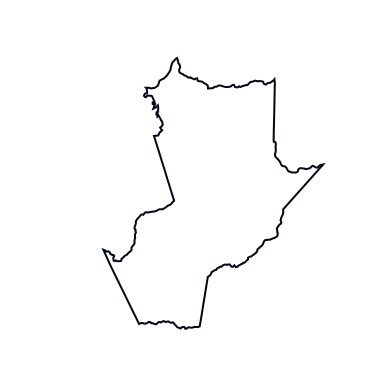 Bujari, Acre, Brazil (Equal Earth projection), rotated 213°
{"feature_id": "56859067B53260262834359", "entity_name": "Bujari", "entity_type": "district", "adm_level": 2, "iso_a3": "BRA", "parent_name": "Brazil", "parent_adm1": "Acre", "projection": "equal_earth", "projection_center": [-68.148, -9.602], "detail": "fine", "context": "isolated", "style": "outline", "palette": "ink", "viewbox_px": 384, "rotation_deg": 213, "n_neighbors": 0, "source": "geoboundaries", "source_scale": "gbopen_adm2", "svg_char_len": 5612}
<svg xmlns="http://www.w3.org/2000/svg" viewBox="0 0 384 384"><g transform="rotate(213 192 192)"><path d="M234.9,95.3L223.1,87.7L220.4,86.0L218.3,84.7L164.5,52.5L163.8,53.6L163.0,54.7L162.0,55.2L160.8,55.4L159.5,56.1L158.5,57.3L157.9,58.5L157.3,59.7L156.1,60.2L154.9,59.8L153.9,60.2L153.2,60.7L152.2,60.8L150.8,61.0L150.0,61.7L149.7,62.7L149.2,64.5L148.3,65.4L147.3,65.5L146.6,66.3L145.9,67.9L144.9,68.5L143.8,68.5L143.0,68.8L142.1,70.0L140.9,70.7L139.7,70.5L138.0,71.1L137.0,72.3L136.1,72.2L134.8,71.6L133.6,71.4L132.3,71.1L131.3,70.7L130.0,70.7L128.9,71.1L127.4,71.2L127.0,72.3L126.6,73.3L125.6,74.3L124.6,74.6L123.2,73.7L122.1,74.5L121.9,75.6L121.2,76.5L120.0,77.2L118.7,77.8L117.6,78.7L116.8,79.8L115.7,80.6L114.2,81.5L113.0,82.5L112.4,83.6L115.8,91.5L132.5,129.4L132.0,130.5L131.5,131.6L131.5,132.7L131.5,133.8L131.9,135.5L131.2,136.9L130.6,138.2L130.1,139.2L129.3,139.9L129.3,141.5L128.9,142.6L128.1,143.5L127.7,144.8L126.5,145.5L126.3,147.0L125.3,148.6L124.2,149.6L123.4,149.7L122.5,150.4L121.7,151.3L120.8,151.8L119.7,151.3L118.7,151.1L117.6,151.0L116.7,152.1L116.5,153.6L115.5,153.2L114.2,152.9L113.1,154.1L113.0,155.3L112.3,156.5L111.6,158.1L110.6,159.2L110.5,160.5L109.4,161.5L109.1,162.9L108.7,164.6L108.3,166.1L109.2,167.2L108.7,168.7L107.6,169.7L107.0,170.9L106.6,172.1L106.1,173.1L105.3,175.5L105.1,177.2L105.4,178.5L105.8,179.7L105.3,181.3L104.9,183.1L104.3,184.5L104.1,186.1L104.2,188.0L104.8,189.5L104.3,191.8L103.0,192.5L102.4,193.4L101.2,194.0L100.2,195.1L99.2,196.7L98.0,198.2L97.3,199.3L96.6,200.8L96.7,202.3L97.2,203.2L97.8,204.3L98.7,204.8L99.3,206.0L100.3,206.6L101.0,207.8L100.9,209.2L101.1,210.9L100.8,212.4L100.2,213.7L100.4,215.0L101.2,215.6L102.3,216.4L102.9,218.2L103.2,219.6L103.5,221.5L103.8,223.4L105.0,225.6L106.1,227.1L104.4,238.2L98.2,278.7L97.0,286.5L98.3,285.3L99.1,284.5L99.7,283.0L99.9,281.2L100.9,280.2L102.2,279.9L103.9,280.0L105.2,279.5L105.7,278.4L105.8,277.0L106.6,275.5L107.5,274.7L108.4,273.7L109.1,273.1L110.3,272.9L111.9,272.2L113.4,271.4L114.3,270.8L115.0,269.6L115.0,268.3L114.4,266.8L114.9,265.8L115.5,264.9L116.5,264.3L117.6,263.6L118.7,262.9L119.5,262.6L120.4,262.4L121.3,262.3L122.2,261.8L123.3,262.3L124.6,262.8L125.8,263.6L126.6,263.9L127.6,264.1L128.4,264.0L129.7,263.2L130.8,263.1L131.8,263.4L133.0,264.0L133.8,264.7L134.7,265.2L136.4,265.9L137.3,266.1L138.4,266.4L140.3,266.8L141.6,267.3L142.9,268.7L143.5,270.6L143.9,271.6L144.6,273.0L145.7,274.4L146.5,275.3L147.0,276.3L147.7,277.8L148.9,279.0L149.7,279.2L150.7,278.7L151.6,279.7L152.4,280.9L157.3,288.8L161.1,295.0L166.1,303.1L179.1,324.0L179.7,324.9L180.9,327.0L181.6,328.2L184.3,331.5L184.4,330.4L184.8,328.8L185.6,327.3L186.1,325.9L187.4,324.9L188.0,324.1L188.5,322.4L190.0,321.8L191.4,322.4L192.4,323.2L193.8,322.9L195.5,321.9L196.6,321.3L197.3,320.6L198.1,320.3L199.4,320.0L200.7,318.5L201.6,317.1L202.9,316.1L203.3,314.3L203.5,312.8L204.1,311.5L205.2,310.9L206.1,309.5L207.2,308.6L207.9,307.4L208.7,306.3L210.0,306.3L210.6,304.8L211.3,304.2L212.2,303.8L213.1,303.5L214.2,304.2L215.3,304.7L216.4,303.6L216.9,301.9L217.7,300.8L218.9,299.8L220.0,298.9L221.0,298.4L222.1,297.9L223.5,297.5L224.5,297.3L226.0,296.8L227.6,295.9L228.6,293.9L229.7,293.0L230.5,292.4L231.0,290.5L231.9,289.9L232.7,289.2L235.0,287.5L236.2,289.2L237.0,289.9L237.9,290.0L239.2,290.1L240.3,290.0L241.4,289.9L242.8,290.1L244.2,289.9L245.5,289.2L246.8,288.6L247.9,288.5L248.8,289.4L249.7,290.1L250.6,289.2L251.3,287.8L252.4,287.5L253.5,287.5L254.5,287.2L255.9,287.3L256.5,286.4L257.6,285.9L259.3,286.1L260.5,285.9L262.4,285.6L263.9,285.9L265.0,285.6L266.2,285.4L267.7,285.6L269.0,286.9L269.5,288.2L269.7,289.4L270.0,290.4L270.8,291.2L272.0,292.3L273.4,292.3L274.6,293.8L275.7,294.7L276.6,295.6L277.5,296.2L278.1,295.0L278.9,289.8L278.5,288.0L277.7,285.3L277.1,284.0L276.5,282.2L276.4,281.0L276.4,277.0L276.5,275.6L276.8,274.4L277.2,272.6L277.6,271.5L278.6,270.0L279.7,267.9L279.6,266.4L279.0,264.8L278.5,262.7L279.7,259.5L280.7,258.4L283.0,256.4L284.0,256.2L285.1,255.9L287.4,254.4L286.2,254.1L284.9,252.1L284.1,251.6L283.5,250.4L285.0,248.9L284.7,246.5L283.4,246.1L282.3,246.3L282.0,248.5L278.2,250.7L277.0,250.1L272.8,247.4L273.8,245.6L272.9,244.4L271.9,244.4L271.4,246.1L270.6,245.6L270.6,244.1L270.2,242.4L269.8,240.8L268.3,243.5L267.8,246.1L266.5,244.7L265.4,243.1L264.5,240.5L265.1,239.6L264.4,238.3L263.8,239.3L263.5,237.7L262.1,236.3L261.8,238.0L257.8,235.9L256.7,235.0L255.6,235.0L253.2,232.5L253.4,231.4L253.1,230.3L253.8,228.8L252.3,227.8L250.7,227.6L250.9,226.1L251.6,224.4L251.1,221.0L254.4,218.3L238.8,205.4L235.8,202.9L230.2,198.2L228.7,197.0L224.6,193.6L222.4,191.7L202.2,174.9L202.6,173.7L202.8,172.2L202.9,170.7L203.4,169.5L204.5,167.8L205.2,166.3L205.6,164.8L206.3,163.4L207.1,161.7L208.1,160.9L209.0,160.4L210.0,159.6L210.8,158.5L211.4,157.0L212.0,156.2L212.7,155.6L213.5,154.6L214.4,154.1L215.4,153.1L216.2,152.2L217.2,151.5L218.4,150.4L219.5,150.1L220.3,148.6L220.3,147.5L220.5,146.3L221.4,146.0L222.2,145.5L222.6,144.0L222.7,141.8L223.2,139.6L223.2,138.2L223.1,136.7L222.2,135.5L221.6,134.1L221.1,131.5L220.2,130.0L218.7,129.5L218.2,128.4L217.1,127.8L216.8,125.9L216.2,124.4L214.8,122.7L214.3,121.2L213.9,120.1L213.3,119.2L212.2,117.6L212.3,116.1L212.2,115.0L212.4,113.7L212.4,112.2L211.8,111.5L211.3,110.6L211.2,109.3L211.5,108.1L212.1,106.5L212.4,104.0L213.4,102.4L214.0,100.5L214.1,98.8L214.7,97.4L213.9,95.7L214.8,94.8L216.2,93.6L217.3,93.3L218.5,93.2L218.9,92.1L220.3,91.7L221.1,92.6L222.1,93.9L222.5,96.1L223.6,96.4L224.4,95.8L225.5,95.8L226.4,95.4L227.7,96.5L228.5,96.5L229.7,96.8L230.8,95.8L231.7,95.4L232.9,95.7L234.0,95.5L234.9,95.3Z" fill="none" stroke="#020617" stroke-width="2"/></g></svg>